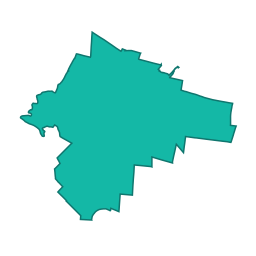 outline of Focsani, Vrancea, Romania, rotated 93°
{"feature_id": "2599482B48178817196706", "entity_name": "Focsani", "entity_type": "district", "adm_level": 2, "iso_a3": "ROU", "parent_name": "Romania", "parent_adm1": "Vrancea", "projection": "mercator", "projection_center": [27.2, 45.699], "detail": "fine", "context": "isolated", "style": "filled", "palette": "teal", "viewbox_px": 256, "rotation_deg": 93, "n_neighbors": 0, "source": "geoboundaries", "source_scale": "gbopen_adm2", "svg_char_len": 5768}
<svg xmlns="http://www.w3.org/2000/svg" viewBox="0 0 256 256"><g transform="rotate(93 128 128)"><path d="M123.8,235.4L124.1,235.0L124.4,234.3L124.9,233.6L125.5,232.7L126.2,231.8L126.7,231.3L127.0,231.0L127.2,230.6L127.6,229.6L128.2,228.4L128.7,227.3L129.0,226.7L129.2,225.8L129.6,224.4L130.0,223.2L130.4,222.1L131.5,220.1L132.5,218.5L132.8,218.2L133.1,217.7L133.4,217.3L134.0,216.7L135.2,215.9L135.6,215.8L136.3,215.6L137.5,215.2L137.9,215.1L138.1,214.9L138.5,214.8L138.8,214.5L140.1,213.6L140.6,213.2L140.7,212.8L140.8,212.3L140.8,212.0L140.8,211.7L140.7,211.5L140.5,211.3L140.4,211.2L140.2,211.2L138.9,211.5L138.0,211.6L137.3,211.7L137.0,211.5L136.6,211.3L136.1,210.9L135.4,211.2L135.2,211.5L135.1,212.0L134.9,212.4L134.6,212.5L134.2,212.7L134.0,212.9L133.8,213.1L133.6,213.3L133.3,213.4L133.0,213.5L132.6,213.3L132.5,213.1L132.3,212.8L132.1,212.5L132.0,212.3L131.9,212.0L131.8,211.7L131.4,211.2L131.2,210.7L131.0,210.3L130.6,209.5L130.5,209.2L130.4,208.8L130.5,208.4L130.7,207.7L130.8,207.3L130.9,207.0L131.0,206.5L130.9,205.9L130.9,205.2L130.9,204.9L131.0,204.4L131.0,204.1L131.2,203.0L130.3,202.4L129.8,202.0L128.8,201.4L129.3,200.5L129.9,199.3L130.3,198.9L130.5,198.6L131.0,198.4L131.7,198.1L132.6,197.9L133.4,197.6L134.3,197.0L135.4,196.5L136.3,196.1L138.5,195.8L139.7,195.5L140.1,195.3L140.2,195.0L140.5,194.6L141.4,192.9L146.1,183.3L161.6,197.2L163.5,196.1L164.1,195.7L164.7,195.3L165.1,195.1L166.0,194.6L167.0,194.0L171.0,197.5L172.8,199.2L173.1,199.1L173.8,199.0L175.5,198.7L179.2,198.2L181.1,197.9L181.3,197.8L182.5,197.8L184.3,196.0L185.4,195.1L185.7,194.8L186.5,193.8L187.0,193.2L187.8,192.5L188.4,191.8L189.0,191.2L190.1,190.1L191.9,191.6L193.5,193.0L194.1,193.5L195.1,194.3L195.6,194.7L199.1,190.8L199.4,190.4L201.4,188.2L202.4,187.1L203.8,185.6L204.2,185.9L218.0,170.6L221.8,170.7L221.8,165.3L221.8,159.4L221.5,159.5L221.0,159.5L220.2,159.4L219.4,159.3L218.7,159.2L217.6,158.9L216.1,158.1L214.9,157.2L214.0,156.6L213.1,155.8L212.6,155.2L212.0,154.4L211.0,152.7L210.8,152.1L210.4,150.5L210.2,149.2L210.1,148.4L210.0,148.0L210.0,147.5L210.0,147.0L209.9,146.5L209.9,146.2L209.9,145.8L210.1,145.1L210.3,144.6L211.0,142.6L211.2,142.3L211.5,141.6L211.5,141.4L211.4,141.2L210.2,141.0L209.1,140.9L211.2,134.9L212.0,132.7L194.4,132.4L194.6,126.2L194.8,120.1L185.7,120.1L178.7,120.0L175.4,119.9L172.1,119.8L166.0,119.8L164.6,119.8L164.8,114.5L165.3,103.5L165.4,102.6L165.6,102.1L155.7,102.6L158.1,92.8L160.6,81.7L159.8,81.8L159.2,81.8L156.0,81.3L153.5,80.9L149.0,80.1L145.2,79.5L142.2,79.0L141.7,78.9L142.2,78.4L148.1,72.8L149.7,71.3L147.1,71.1L144.1,70.9L140.7,70.6L138.3,70.4L136.1,70.3L134.7,70.1L133.5,70.1L134.3,60.6L134.3,59.3L134.6,55.5L135.1,49.1L135.2,47.4L135.9,37.7L136.3,31.9L136.5,28.4L137.0,24.5L136.8,24.4L135.8,24.1L129.3,22.4L128.2,22.2L125.6,21.5L122.7,20.8L120.4,20.1L120.0,25.8L119.6,25.8L118.2,25.8L111.0,26.2L109.5,26.2L107.3,26.1L103.9,25.7L103.3,25.6L101.9,25.4L100.5,25.3L100.1,25.2L99.6,25.2L98.8,24.9L98.3,24.8L97.9,24.8L97.6,27.8L97.1,31.6L96.5,36.5L96.0,40.2L95.3,45.2L94.4,49.5L93.6,53.3L93.0,55.1L92.6,56.5L92.3,57.8L91.9,59.0L91.2,61.2L90.7,63.2L90.4,64.8L90.0,66.7L89.7,67.8L89.3,69.4L88.9,70.8L88.5,72.4L88.5,73.0L87.4,77.0L80.0,76.2L79.8,76.2L77.8,76.0L76.0,86.6L75.5,89.0L75.2,88.9L74.5,88.4L73.7,87.6L71.6,86.0L70.6,85.6L70.4,86.1L69.5,85.3L68.8,84.9L68.4,85.3L67.2,84.5L66.2,83.8L65.6,83.1L65.1,82.6L64.7,82.0L64.6,81.9L64.4,81.8L65.3,81.0L64.8,80.4L64.0,81.5L64.3,81.9L66.1,84.1L67.5,85.0L70.2,87.1L71.4,88.2L72.4,89.2L73.2,89.8L72.0,91.0L71.8,91.5L71.6,92.3L71.0,95.1L70.9,95.1L70.7,96.7L70.9,96.8L70.3,98.4L69.9,98.7L69.8,99.3L69.4,99.9L68.7,99.5L68.4,100.2L67.8,100.9L63.8,97.9L63.2,98.1L62.6,98.2L62.9,98.4L63.1,98.7L63.2,98.9L63.1,99.8L62.8,101.1L62.5,102.8L61.7,106.9L60.4,113.0L58.8,120.8L58.6,121.0L58.3,121.0L52.7,119.5L52.6,119.4L51.1,125.8L50.5,128.6L50.6,131.0L50.7,132.2L50.9,134.7L50.4,134.4L50.2,134.9L50.2,135.1L50.1,135.4L50.0,135.8L49.7,136.5L49.3,137.8L50.3,138.2L50.8,138.5L51.7,139.1L49.0,143.8L47.8,145.7L46.1,148.4L44.6,150.9L41.1,156.6L39.2,160.1L39.0,160.5L34.2,168.8L38.7,168.9L43.6,168.9L48.4,169.0L52.6,169.0L57.0,169.0L58.0,169.0L58.4,169.1L58.7,169.1L59.3,169.3L58.1,176.0L57.5,178.6L56.8,182.0L56.7,182.8L56.7,183.4L61.2,184.8L61.2,185.1L63.5,186.3L65.1,187.1L65.9,187.4L66.6,187.8L68.9,188.9L72.5,190.5L73.1,190.6L73.9,190.4L74.0,190.4L73.9,190.6L74.0,190.7L74.0,191.0L74.4,191.1L76.5,192.0L76.7,192.3L77.4,192.6L78.5,193.1L79.6,193.6L80.2,193.8L81.5,194.4L82.6,194.9L84.5,196.1L85.1,196.3L85.5,196.7L86.0,197.2L86.9,197.8L87.4,198.3L87.9,199.1L88.1,199.8L88.9,200.2L90.3,200.4L91.4,200.5L92.2,200.7L93.3,201.1L96.3,202.2L96.7,202.6L96.4,203.7L96.1,204.4L95.9,204.7L95.3,205.4L95.2,206.0L95.3,207.3L95.4,208.3L95.4,209.3L95.4,209.7L95.8,211.1L96.2,212.5L96.5,213.8L96.7,214.8L96.8,215.0L97.2,215.6L97.4,215.9L97.7,216.0L98.1,216.3L98.8,217.0L99.1,217.4L99.2,217.6L99.2,218.1L99.5,219.1L100.1,220.3L100.2,220.5L100.4,220.7L100.9,220.9L101.3,220.9L102.2,220.7L102.5,220.5L103.1,220.4L103.3,220.3L104.0,220.2L104.6,219.9L105.4,219.6L105.7,219.5L106.3,219.4L106.8,219.4L107.3,219.4L107.8,219.5L108.1,219.7L108.3,220.0L108.4,220.3L108.4,221.0L108.4,221.6L108.4,222.3L108.4,223.0L108.3,223.5L108.2,224.0L108.5,224.2L109.1,224.7L109.8,225.1L110.2,225.1L110.9,224.9L111.5,224.6L111.8,224.6L112.4,224.5L112.8,224.5L113.6,224.6L114.6,224.9L114.8,225.0L114.9,225.3L114.9,225.8L114.9,226.2L115.2,226.6L115.6,227.1L116.1,227.7L116.5,227.9L117.0,228.2L117.4,228.3L117.7,228.2L118.0,228.0L118.1,227.7L118.3,226.2L118.6,225.7L119.1,225.2L119.7,225.1L120.2,225.1L120.7,225.3L121.1,225.8L121.2,226.2L121.0,226.7L120.9,226.9L120.7,227.3L120.6,227.8L120.7,228.9L121.4,234.0L121.8,235.0L122.2,235.5L122.7,235.8L123.0,235.9L123.5,235.8L123.8,235.4Z" fill="#14b8a6" stroke="#0f766e" stroke-width="1.5"/></g></svg>